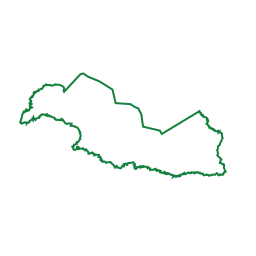 the district of Wassa Amenfi Central, Western, Ghana, rotated 105°
{"feature_id": "2480657B10255028610816", "entity_name": "Wassa Amenfi Central", "entity_type": "district", "adm_level": 2, "iso_a3": "GHA", "parent_name": "Ghana", "parent_adm1": "Western", "projection": "orthographic", "projection_center": [-2.243, 5.739], "detail": "fine", "context": "isolated", "style": "outline", "palette": "green", "viewbox_px": 256, "rotation_deg": 105, "n_neighbors": 0, "source": "geoboundaries", "source_scale": "gbopen_adm2", "svg_char_len": 5922}
<svg xmlns="http://www.w3.org/2000/svg" viewBox="0 0 256 256"><g transform="rotate(105 128 128)"><path d="M109.5,220.6L110.1,220.4L110.4,220.8L111.8,220.8L112.4,221.2L112.7,222.2L113.9,223.4L114.0,224.2L114.7,223.9L115.5,224.0L115.6,224.9L116.1,225.3L116.1,225.9L117.6,226.5L117.3,227.3L117.4,227.8L118.3,228.3L119.1,227.5L119.8,227.9L121.3,227.9L121.5,228.5L122.0,228.8L121.8,228.3L122.8,228.3L124.0,229.9L124.8,229.8L124.7,229.4L125.6,230.4L126.7,229.4L126.8,228.6L127.6,228.3L128.5,229.2L129.6,229.4L129.3,228.2L129.7,227.3L131.4,228.7L132.9,228.3L132.5,226.7L133.0,226.0L133.8,227.1L135.5,228.2L136.1,228.1L137.2,228.8L137.3,229.6L136.7,229.8L136.3,230.8L136.6,231.4L137.4,231.4L138.2,230.8L138.8,232.4L139.1,232.0L139.7,232.0L139.8,233.0L142.2,233.5L145.1,233.3L150.5,233.6L151.1,232.6L150.9,232.4L151.1,232.1L150.4,231.7L150.7,230.8L149.4,229.5L149.4,228.0L148.9,227.9L149.1,226.9L149.6,226.8L148.8,226.5L148.8,225.7L148.0,225.4L147.8,224.8L146.6,225.0L145.6,223.9L145.5,224.1L145.6,223.7L144.4,222.9L144.9,222.2L143.2,222.8L142.9,222.2L142.1,222.1L143.3,221.4L143.4,220.7L144.1,220.2L144.3,219.5L143.3,219.2L143.0,219.6L141.6,217.7L141.3,216.4L140.5,216.2L139.8,216.7L138.2,215.5L138.2,215.1L137.1,214.9L136.7,212.0L136.9,210.9L136.1,210.8L135.7,210.1L136.8,209.9L137.3,209.3L136.3,208.7L136.2,207.8L136.9,207.5L137.2,206.9L136.5,205.7L137.2,204.4L137.0,202.8L137.4,201.3L138.3,201.1L138.7,200.0L138.6,199.0L138.1,198.4L138.5,197.6L138.1,196.9L137.9,195.1L136.7,194.9L137.5,193.8L136.7,193.4L139.6,189.8L139.8,187.9L139.7,187.4L138.9,186.7L138.4,183.6L140.7,183.9L140.3,182.5L140.3,180.4L140.6,180.0L140.2,179.2L140.7,178.3L140.6,177.2L142.9,174.4L143.3,174.3L143.6,173.8L144.4,173.8L144.8,172.8L146.0,172.8L146.9,172.1L148.3,171.6L149.8,171.8L151.2,171.2L151.6,171.7L154.2,172.4L155.0,173.9L155.7,174.0L156.4,173.3L156.9,173.5L158.1,175.8L159.1,175.7L160.5,177.0L161.1,176.2L161.0,175.8L161.7,175.7L163.0,174.9L162.7,173.2L161.9,172.1L159.5,172.3L159.0,171.6L159.5,170.5L161.2,170.6L160.8,169.5L160.3,169.2L160.0,166.8L159.2,166.3L160.1,165.2L160.7,163.7L159.6,163.5L159.5,162.6L160.1,162.4L161.2,160.3L162.0,159.8L162.9,159.8L163.0,158.9L161.8,157.4L161.7,157.0L161.1,156.6L161.5,156.1L161.1,155.7L162.0,154.6L161.6,154.2L161.7,153.7L162.4,153.2L163.0,153.2L162.0,151.6L161.5,148.9L162.3,148.6L163.7,148.9L163.6,147.6L163.3,147.3L163.4,146.7L164.2,146.6L164.7,146.3L165.3,146.4L165.1,145.8L166.3,145.8L166.0,144.6L167.0,144.3L167.2,144.0L166.8,143.7L167.1,143.4L166.4,141.8L167.0,140.3L167.3,140.1L166.3,138.9L166.3,138.2L165.4,136.2L166.3,135.0L167.4,132.4L168.9,131.2L168.8,130.2L169.1,130.1L167.6,129.3L168.1,128.4L169.0,127.9L168.7,127.1L169.0,125.0L168.4,124.3L167.2,124.1L166.5,123.4L165.9,123.5L166.2,122.1L165.7,122.0L163.9,122.6L163.7,121.8L163.1,121.3L163.4,120.3L164.1,119.8L164.0,119.4L163.6,119.1L162.8,119.5L161.9,118.9L161.1,117.2L161.2,116.6L159.8,114.3L160.6,112.5L161.4,111.8L162.3,112.0L162.5,112.5L163.3,110.9L163.8,111.7L164.6,111.6L165.2,111.3L165.6,110.2L165.3,109.5L163.9,108.7L163.4,108.8L162.6,107.0L163.1,105.9L162.2,105.7L162.2,105.1L161.9,105.3L162.0,104.9L161.4,104.6L161.4,104.1L160.8,103.5L160.9,103.1L161.6,102.9L160.8,101.3L161.0,99.2L160.5,98.8L161.1,98.4L161.4,98.6L161.1,98.7L161.4,99.0L161.8,98.5L161.1,96.5L161.8,96.0L162.8,95.8L162.2,95.1L162.4,94.0L160.9,91.7L161.2,91.3L160.3,91.0L160.3,90.7L160.8,89.5L161.2,89.9L161.2,89.3L162.0,89.0L161.7,88.4L160.8,87.6L160.9,86.6L161.2,87.1L161.5,86.6L161.1,86.3L161.2,85.7L161.4,85.4L162.5,85.6L162.7,85.2L162.2,84.7L162.5,83.9L162.1,82.6L162.4,82.3L161.5,81.8L162.1,81.6L161.9,81.1L162.6,80.4L162.3,79.8L161.8,79.8L162.6,78.7L162.3,78.3L161.4,78.8L161.2,77.4L161.5,77.4L161.8,76.4L161.7,75.1L162.3,74.2L161.8,73.4L161.8,72.7L162.3,72.2L162.0,71.3L162.3,71.0L163.2,71.3L162.2,70.2L162.7,69.7L162.6,69.2L162.1,69.4L161.5,68.1L161.9,67.5L161.7,66.6L161.3,66.6L161.1,67.1L160.6,66.7L161.0,66.3L160.5,66.1L160.4,65.6L160.9,65.4L160.9,65.0L160.5,64.9L160.4,65.2L159.2,64.9L158.4,62.6L158.0,62.8L157.9,62.4L157.7,62.6L156.9,62.2L157.5,61.7L157.8,60.7L157.2,60.4L157.0,60.6L156.3,58.9L155.2,58.4L154.9,58.6L155.6,57.3L155.6,56.6L155.2,56.2L155.5,56.0L154.9,54.9L154.3,54.9L154.3,53.5L153.7,52.9L154.2,52.2L153.9,52.2L153.8,51.1L153.5,51.0L153.6,50.8L152.6,49.4L153.2,48.2L152.6,47.5L152.6,46.9L153.3,46.4L152.7,43.8L153.5,43.5L154.1,42.4L152.7,40.5L153.0,39.8L152.6,39.5L152.7,38.5L153.1,37.8L152.6,37.5L152.5,36.1L152.1,35.9L151.8,34.7L150.8,33.9L150.9,33.0L150.6,31.7L148.7,30.7L148.8,29.9L150.2,28.3L149.2,27.2L149.6,26.9L149.1,26.3L148.7,24.6L148.0,24.6L148.0,24.0L146.0,23.7L145.1,22.4L141.8,24.9L140.3,25.5L139.3,25.4L138.2,26.1L138.1,26.6L138.5,26.9L138.3,28.3L137.8,28.8L138.0,30.2L135.2,30.1L134.3,29.6L134.1,29.7L133.6,31.1L132.9,31.6L132.1,33.4L131.2,34.7L129.4,34.4L126.1,36.2L124.5,35.8L122.7,36.3L122.0,36.2L120.8,35.0L119.1,35.1L116.2,34.4L114.9,34.5L113.2,33.9L111.4,35.3L111.0,35.2L109.4,36.0L109.0,35.9L108.4,37.3L108.7,37.9L108.6,38.8L108.2,38.8L108.9,39.3L107.7,39.4L107.3,39.8L107.7,40.2L107.7,40.8L108.2,41.1L108.4,42.6L108.1,43.5L107.8,43.6L108.1,44.4L107.7,45.1L107.2,44.7L106.8,45.4L107.1,46.9L106.8,47.1L107.2,47.4L106.9,48.5L106.3,48.9L106.6,49.2L106.6,49.7L105.9,49.7L105.4,50.1L104.8,50.8L104.7,51.6L103.9,52.1L103.8,52.8L103.4,52.7L103.2,53.2L102.0,52.7L101.1,53.0L101.0,52.6L100.5,52.7L100.4,52.4L99.9,52.7L99.8,53.5L99.5,53.4L99.2,54.0L98.6,53.6L98.1,54.0L97.4,55.9L97.7,56.9L97.5,58.5L97.1,59.0L96.2,58.8L95.9,59.2L96.5,60.1L96.2,60.8L95.6,60.9L95.4,61.6L94.6,61.5L94.3,62.8L93.7,63.0L93.7,63.4L93.4,63.5L125.0,93.8L122.3,96.6L122.8,113.8L111.4,118.6L106.3,123.3L106.1,126.4L104.3,131.8L107.2,146.4L94.9,152.9L90.4,167.5L88.8,180.0L86.9,185.2L88.4,187.9L109.6,199.1L108.6,200.0L107.1,199.5L105.1,200.8L104.8,201.2L104.0,205.3L104.7,208.5L104.6,209.5L105.3,209.8L107.1,213.2L106.5,214.2L107.4,216.6L107.1,218.4L108.1,218.6L108.6,219.9L109.5,220.6Z" fill="none" stroke="#15803d" stroke-width="2"/></g></svg>